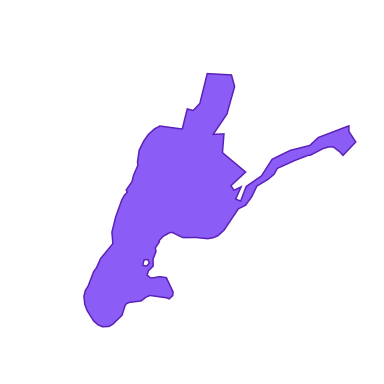 Kurgantepa, Andijon, Uzbekistan (Robinson projection), rotated 137°
{"feature_id": "79887680B5008780353484", "entity_name": "Kurgantepa", "entity_type": "district", "adm_level": 2, "iso_a3": "UZB", "parent_name": "Uzbekistan", "parent_adm1": "Andijon", "projection": "robinson", "projection_center": [72.86, 40.792], "detail": "fine", "context": "isolated", "style": "filled", "palette": "violet", "viewbox_px": 384, "rotation_deg": 137, "n_neighbors": 0, "source": "geoboundaries", "source_scale": "gbopen_adm2", "svg_char_len": 1475}
<svg xmlns="http://www.w3.org/2000/svg" viewBox="0 0 384 384"><g transform="rotate(137 192 192)"><path d="M32.1,133.4L62.4,145.7L74.1,145.7L91.7,155.4L111.0,161.3L130.3,156.4L148.5,159.1L162.6,152.2L164.9,157.0L152.6,162.3L160.1,164.6L159.2,170.1L139.2,170.0L142.9,200.0L129.0,212.7L137.2,219.7L113.3,225.2L88.9,240.1L83.3,250.7L100.1,268.2L125.9,251.4L135.6,250.8L138.8,256.0L156.2,244.7L170.7,262.4L171.5,262.3L176.0,263.7L184.5,263.9L192.5,262.2L202.1,258.6L211.1,251.4L213.5,248.4L223.1,244.2L228.9,240.5L238.8,238.3L239.4,236.0L243.8,235.7L248.7,234.1L264.7,225.9L277.9,217.3L285.1,208.2L304.1,205.7L313.4,201.8L318.3,200.8L332.2,194.0L337.0,192.8L342.1,189.5L347.0,183.0L349.6,176.8L351.9,164.6L351.3,158.9L349.3,154.4L344.4,150.3L339.9,149.3L327.2,149.6L318.9,154.3L316.4,155.1L313.2,154.0L303.4,147.0L296.9,146.4L293.2,144.9L282.8,132.0L281.6,129.4L276.7,129.4L274.0,131.8L269.2,146.8L273.2,152.0L279.8,156.3L281.0,157.7L281.5,161.9L277.5,164.1L270.9,164.3L266.3,169.5L259.0,173.0L256.9,176.1L249.8,177.8L249.5,178.8L243.6,179.3L236.1,177.5L234.1,176.0L229.8,164.9L219.9,155.8L212.4,147.2L207.9,144.2L203.1,142.4L194.8,142.2L169.5,148.1L161.8,145.8L151.2,147.9L140.5,152.1L127.6,149.4L119.8,149.0L113.5,151.1L95.4,145.0L82.2,139.7L80.3,138.2L66.6,134.4L61.1,131.6L57.9,128.6L56.5,120.6L56.6,115.8L38.1,116.9L36.0,129.2L32.1,133.4ZM278.0,172.1L273.2,175.1L270.4,172.6L271.5,169.3L275.6,168.6L278.0,172.1Z" fill="#8b5cf6" stroke="#5b21b6" stroke-width="1.5"/></g></svg>